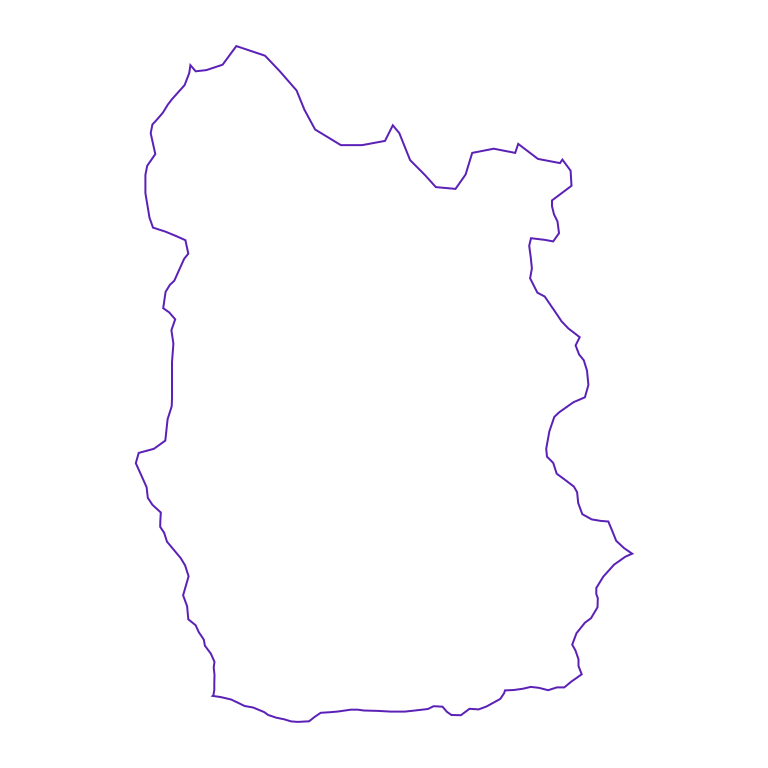 the district of Pentakomo, Limassol, Cyprus
{"feature_id": "46923920B26636173869632", "entity_name": "Pentakomo", "entity_type": "district", "adm_level": 2, "iso_a3": "CYP", "parent_name": "Cyprus", "parent_adm1": "Limassol", "projection": "mercator", "projection_center": [33.252, 34.733], "detail": "fine", "context": "isolated", "style": "outline", "palette": "violet", "viewbox_px": 768, "rotation_deg": 0, "n_neighbors": 0, "source": "geoboundaries", "source_scale": "gbopen_adm2", "svg_char_len": 2515}
<svg xmlns="http://www.w3.org/2000/svg" viewBox="0 0 768 768"><path d="M190.4,65.2L189.2,73.2L184.6,85.1L171.8,99.4L167.9,104.5L163.0,112.5L157.4,119.1L152.4,124.5L150.7,133.3L155.3,154.1L147.2,165.8L145.4,174.9L145.4,193.1L149.5,217.7L153.0,227.6L165.6,231.7L176.9,236.4L185.4,240.2L188.3,253.7L184.2,258.7L174.3,280.7L169.9,284.8L165.6,291.8L163.2,308.2L169.1,312.3L175.2,319.3L171.4,330.2L173.4,343.6L172.0,362.1L172.0,373.2L172.0,384.1L172.0,398.4L171.7,406.3L167.6,419.2L165.3,440.6L153.9,448.8L138.7,452.9L135.8,463.2L141.1,474.9L146.6,487.2L147.8,497.8L152.4,504.8L160.8,512.5L160.3,521.5L160.2,526.9L164.1,532.7L167.0,541.7L180.7,558.1L185.1,565.4L188.6,576.3L183.1,595.3L187.1,606.2L188.3,619.3L195.6,625.2L198.8,632.2L203.8,639.6L204.9,645.7L210.8,653.6L214.5,661.8L213.7,667.4L214.5,675.0L214.3,682.9L214.3,689.9L213.4,695.2L212.7,695.9L220.9,697.1L231.1,699.5L238.9,703.2L244.6,706.0L253.1,707.5L264.2,712.1L268.2,715.0L276.3,717.7L284.2,719.3L291.1,721.4L297.7,721.9L309.1,721.3L314.5,717.0L320.7,712.8L330.2,712.2L338.1,711.5L350.6,709.7L358.0,709.7L363.7,710.5L378.1,710.9L390.6,711.6L404.9,711.6L415.0,710.5L427.9,709.0L433.7,706.2L442.5,706.7L446.9,711.8L451.4,715.0L460.9,715.2L469.5,708.8L478.7,709.4L486.7,706.4L500.3,698.9L504.1,693.2L505.0,690.4L513.9,690.0L523.1,688.7L530.7,686.9L538.8,687.8L548.1,690.2L556.9,687.4L564.3,687.4L571.3,681.6L581.7,674.3L578.5,666.0L578.5,659.3L575.4,650.3L572.2,644.7L576.5,633.2L584.9,622.7L591.0,618.2L597.5,607.3L597.8,598.2L596.3,594.1L596.3,588.0L603.3,576.6L614.1,564.6L625.5,556.6L632.2,553.7L631.3,553.1L624.0,548.1L616.2,540.8L611.5,529.1L608.3,521.5L600.7,520.9L591.7,519.4L582.3,514.2L578.2,503.0L577.1,492.2L573.9,486.6L563.9,479.0L556.7,473.7L553.2,462.9L547.0,456.7L546.2,448.8L549.4,431.2L554.3,416.9L559.3,412.2L570.9,404.0L573.9,402.0L584.9,397.3L588.4,385.0L587.0,370.6L583.8,360.3L579.1,354.5L575.6,345.4L579.7,337.2L568.3,328.4L561.6,321.4L554.9,311.4L551.1,305.9L544.7,296.5L537.4,292.7L530.1,278.3L531.9,268.4L530.7,256.9L529.2,245.8L531.0,238.2L545.0,239.9L553.2,241.4L559.0,233.2L557.5,221.5L554.0,214.4L552.0,206.2L552.0,200.4L571.5,185.8L570.6,170.7L570.3,170.3L562.4,159.6L560.0,163.1L537.9,158.9L518.2,143.9L515.2,152.9L493.7,148.7L472.2,152.9L465.6,174.5L455.5,188.9L435.8,187.1L425.0,175.1L410.1,160.1L399.3,133.1L392.8,125.3L385.0,140.9L362.3,145.1L340.8,145.1L315.1,129.5L304.4,109.7L296.6,90.5L279.3,70.7L265.0,55.7L236.3,46.1L222.6,64.7L206.4,70.1L195.7,71.3L190.4,65.2Z" fill="none" stroke="#5b21b6" stroke-width="2"/></svg>